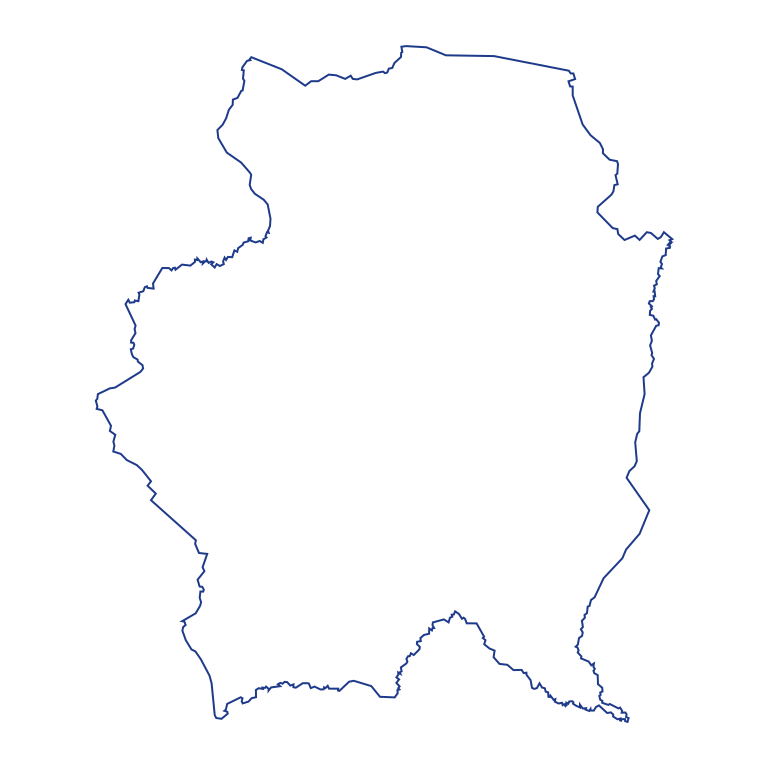 Mueang Udon Thani, Udon Thani, Thailand
{"feature_id": "78962969B37195167988634", "entity_name": "Mueang Udon Thani", "entity_type": "district", "adm_level": 2, "iso_a3": "THA", "parent_name": "Thailand", "parent_adm1": "Udon Thani", "projection": "robinson", "projection_center": [102.8, 17.39], "detail": "fine", "context": "isolated", "style": "outline", "palette": "blue", "viewbox_px": 768, "rotation_deg": 0, "n_neighbors": 0, "source": "geoboundaries", "source_scale": "gbopen_adm2", "svg_char_len": 6052}
<svg xmlns="http://www.w3.org/2000/svg" viewBox="0 0 768 768"><path d="M217.4,130.1L218.3,138.1L226.8,152.6L241.2,162.6L250.2,173.0L251.2,174.9L249.7,184.8L251.1,189.0L254.9,193.8L263.8,199.8L267.7,204.5L270.5,218.8L270.0,226.1L268.0,230.8L268.7,232.7L267.0,232.2L265.5,236.1L266.5,237.5L263.4,239.3L262.8,242.8L259.7,241.0L255.6,242.4L250.3,240.5L250.7,237.7L248.6,238.3L248.2,241.3L243.6,242.6L242.6,245.0L238.2,248.1L237.2,251.8L234.4,250.4L232.2,257.2L227.9,256.9L226.1,259.9L224.6,257.6L223.1,261.4L223.8,264.1L219.9,266.0L216.6,264.1L214.7,267.5L211.2,264.3L213.3,262.3L211.3,261.5L208.7,262.9L206.9,260.0L206.9,261.4L205.8,260.8L202.8,263.6L203.1,261.4L200.7,262.2L197.3,258.3L197.1,260.0L194.9,259.6L195.0,261.9L190.4,265.6L182.0,264.6L175.5,269.7L174.9,267.7L173.2,268.0L171.5,270.4L169.0,268.1L162.3,268.0L153.0,283.5L153.6,288.6L147.6,287.9L146.9,286.3L144.8,287.2L143.3,291.2L138.6,292.7L139.4,294.7L138.4,301.2L134.8,300.5L134.4,302.2L129.8,302.7L128.3,299.8L125.5,304.1L135.6,325.6L134.6,329.0L135.5,333.1L131.1,340.4L131.1,342.6L133.5,342.8L134.3,344.9L133.1,348.6L130.8,349.3L131.9,354.2L133.3,357.1L137.6,359.6L137.9,361.6L142.5,365.2L143.1,368.5L140.4,371.9L115.0,387.6L109.8,388.4L97.9,394.1L97.3,398.9L95.8,400.6L97.4,406.4L96.7,408.9L102.4,410.3L111.0,425.8L109.9,431.0L115.3,434.8L113.4,441.6L114.4,445.6L113.3,451.5L120.8,453.9L126.7,460.0L136.8,465.1L141.9,469.8L151.0,481.3L147.6,485.7L155.8,493.6L151.0,500.2L195.9,540.3L195.1,543.8L199.0,553.0L207.2,553.9L202.6,567.2L204.4,571.2L197.6,579.7L199.6,586.5L202.3,586.9L203.8,589.7L203.2,591.6L200.4,591.5L199.7,597.8L201.1,602.2L200.1,605.8L195.7,613.3L182.2,621.2L184.4,621.6L185.6,625.0L183.1,627.1L182.4,630.7L185.8,640.2L191.5,649.5L195.4,651.4L200.8,659.2L209.5,675.6L211.6,683.3L214.7,714.9L216.2,718.0L221.5,718.8L227.7,713.7L227.3,711.8L224.4,710.8L225.8,709.7L227.2,703.9L240.7,697.3L242.5,698.3L241.7,701.4L242.7,703.4L248.5,701.6L251.6,698.2L256.0,697.2L255.9,690.0L258.7,688.2L262.9,688.9L262.5,687.6L265.0,687.9L266.1,686.6L268.7,688.9L268.6,690.5L271.1,687.4L280.1,686.2L277.9,684.3L280.3,682.9L282.6,683.7L284.5,681.9L287.1,682.1L290.3,685.6L293.5,684.4L293.4,687.2L295.8,687.7L302.8,683.2L307.2,683.2L308.8,683.5L310.8,688.1L314.5,686.6L320.6,689.5L323.7,689.3L324.1,687.3L325.5,688.1L327.7,685.8L329.1,688.7L338.2,688.7L338.0,690.5L339.4,690.9L349.1,681.7L353.8,680.8L371.3,686.1L380.0,696.8L394.7,697.4L397.7,693.2L397.4,690.2L399.4,689.5L398.2,688.2L399.6,686.4L396.4,682.9L399.1,679.4L396.4,677.4L398.4,674.6L398.2,672.5L400.3,673.7L399.7,672.4L401.6,671.3L400.9,667.4L406.3,663.5L407.4,661.7L406.4,658.9L408.1,656.2L409.8,656.1L410.9,653.3L413.8,655.0L419.5,649.2L419.8,646.9L416.9,644.1L417.1,641.8L420.8,641.1L420.4,638.1L423.9,635.0L429.1,633.7L429.2,628.5L431.9,630.4L432.5,628.1L434.1,628.0L432.5,625.2L432.9,622.4L443.9,619.4L448.6,622.4L450.0,617.7L452.3,616.7L451.7,614.7L453.8,614.5L455.1,611.4L458.8,613.8L462.0,618.8L463.6,617.7L465.1,618.9L466.7,623.3L476.6,623.4L484.1,636.7L482.8,638.0L485.5,640.2L484.2,644.2L489.5,648.5L494.6,650.6L493.6,657.2L499.5,663.9L507.4,664.8L513.5,670.1L521.6,669.9L523.7,673.1L526.4,672.7L526.5,674.8L530.6,680.2L532.0,687.8L534.2,688.9L536.9,688.1L539.5,683.3L542.0,687.5L544.9,688.3L545.7,691.7L548.1,692.3L548.4,696.8L550.0,697.0L550.4,695.6L553.7,699.9L555.3,699.2L554.9,701.7L558.6,703.5L562.0,702.8L562.7,705.1L564.1,704.2L565.3,705.8L565.8,704.3L566.6,706.1L566.5,702.7L568.3,703.7L569.2,701.5L572.1,701.2L573.4,702.2L573.0,703.7L575.9,705.6L580.0,707.5L580.0,704.7L582.7,708.5L586.0,708.2L585.5,709.5L589.3,711.0L590.5,709.0L590.7,710.5L593.8,710.6L595.9,707.1L598.9,705.4L607.2,713.0L610.9,712.4L613.2,714.5L613.1,716.5L617.5,719.3L620.4,718.5L620.1,720.4L621.1,720.7L621.5,719.2L624.9,719.1L625.2,721.2L627.5,721.9L628.6,718.1L626.1,717.0L626.6,714.3L625.3,712.5L621.7,712.7L622.1,710.8L620.1,707.6L618.4,708.4L609.8,704.0L608.3,704.9L602.2,702.8L602.3,700.8L600.2,699.7L599.3,695.9L600.6,694.9L600.2,692.5L602.5,691.5L602.2,687.7L598.0,684.2L597.7,675.1L594.3,673.2L593.5,670.8L594.8,668.8L593.4,666.8L593.9,663.5L591.3,665.3L588.6,661.5L581.0,658.4L581.4,656.4L577.7,652.5L578.6,650.3L577.5,647.5L575.7,646.7L577.9,644.5L579.0,638.1L582.1,635.8L582.7,632.3L580.9,629.2L582.9,627.0L581.9,620.8L584.9,617.7L584.5,615.0L587.0,613.1L587.7,606.6L589.5,605.9L591.0,600.0L594.6,597.3L603.6,578.2L622.4,558.2L626.1,549.5L639.6,533.8L649.3,510.2L626.6,477.8L629.4,471.0L634.6,466.2L636.8,461.1L635.2,442.4L637.2,433.8L639.3,431.2L640.0,413.2L644.6,394.1L643.5,377.2L648.9,372.8L652.4,366.7L652.1,363.3L654.0,358.9L651.5,355.0L652.2,353.0L650.1,345.4L651.9,340.8L650.9,335.4L656.2,325.8L658.6,325.2L659.0,322.8L656.2,319.2L655.1,319.6L653.3,315.7L649.8,314.9L650.1,310.8L652.0,308.8L650.8,307.1L651.9,306.3L648.9,303.5L649.7,301.2L652.8,301.1L654.0,299.3L653.6,296.2L655.2,296.3L654.6,291.4L653.5,291.5L654.8,288.2L654.0,285.7L656.8,284.3L656.2,280.9L659.7,276.1L658.0,274.0L658.7,268.2L661.8,268.4L660.7,267.3L662.0,264.0L660.4,261.8L662.4,256.4L665.7,255.1L666.1,248.5L669.8,247.9L670.1,246.4L668.6,245.5L670.7,243.3L668.8,243.8L670.9,241.5L669.5,240.2L672.2,239.1L663.9,232.2L660.9,237.1L657.8,238.9L650.9,233.0L646.8,232.2L639.6,239.9L634.9,235.6L624.5,240.0L618.2,234.0L617.4,229.1L612.7,228.1L597.4,212.4L597.8,206.8L611.4,194.7L613.4,191.4L614.4,185.1L617.7,184.3L615.5,175.2L617.3,173.6L618.0,164.1L617.0,161.2L609.6,159.7L602.9,153.2L603.0,149.3L599.9,143.0L590.5,135.2L582.6,124.4L572.7,95.4L572.7,86.6L570.1,86.4L568.5,81.3L575.1,79.1L573.4,73.5L570.7,73.4L568.8,70.7L494.1,56.1L445.9,55.3L426.5,47.3L406.2,46.1L401.4,46.7L402.3,52.0L401.2,52.7L401.0,57.0L394.4,63.0L392.3,67.9L388.8,68.7L387.3,72.5L385.0,73.2L383.1,71.6L375.8,72.9L357.2,79.4L352.8,78.9L350.7,75.7L345.2,78.9L336.2,75.3L328.8,74.6L318.3,81.2L311.2,81.2L305.2,85.7L281.8,69.3L251.3,57.2L249.6,59.3L250.3,60.1L247.0,60.9L242.4,67.3L241.9,70.0L243.8,70.4L243.0,78.7L244.4,80.8L242.6,90.5L241.3,90.8L237.5,97.9L232.9,99.6L232.7,104.8L228.9,109.7L226.1,118.4L222.7,124.6L217.4,130.1Z" fill="none" stroke="#1e3a8a" stroke-width="2"/></svg>